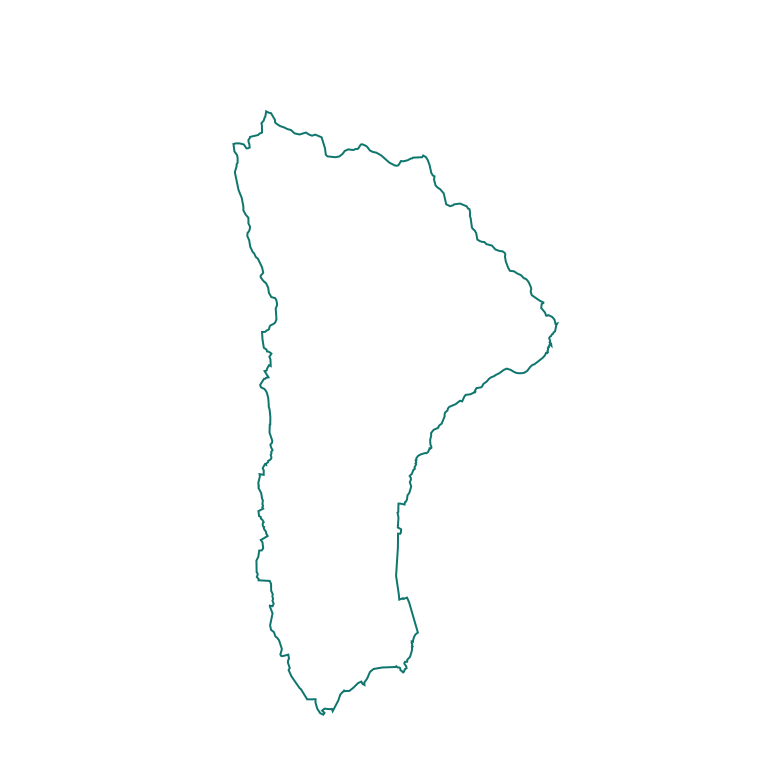 the district of Negresti-Oas, Satu Mare, Romania, rotated 252°
{"feature_id": "2599482B36847212141623", "entity_name": "Negresti-Oas", "entity_type": "district", "adm_level": 2, "iso_a3": "ROU", "parent_name": "Romania", "parent_adm1": "Satu Mare", "projection": "equal_earth", "projection_center": [23.479, 47.842], "detail": "fine", "context": "isolated", "style": "outline", "palette": "teal", "viewbox_px": 768, "rotation_deg": 252, "n_neighbors": 0, "source": "geoboundaries", "source_scale": "gbopen_adm2", "svg_char_len": 6156}
<svg xmlns="http://www.w3.org/2000/svg" viewBox="0 0 768 768"><g transform="rotate(252 384 384)"><path d="M278.1,225.8L275.4,226.4L273.7,218.6L271.0,219.5L265.0,218.3L263.5,216.3L264.2,213.9L258.4,211.0L255.5,208.1L244.3,204.7L243.0,205.2L241.8,205.0L239.8,203.4L237.3,204.5L236.1,204.0L232.0,214.5L228.7,214.8L222.3,212.8L218.3,213.2L216.5,212.2L213.9,212.1L212.2,210.9L209.2,211.2L207.1,209.4L208.5,207.0L208.0,206.7L200.2,207.1L189.7,201.1L185.1,200.6L182.1,202.6L177.3,202.8L175.8,203.9L172.5,205.0L163.9,205.0L163.0,204.7L158.7,201.8L157.0,202.3L156.5,203.7L156.2,209.3L152.1,208.8L150.8,207.4L148.7,206.5L143.0,206.6L141.4,204.9L134.6,205.6L120.7,209.8L119.4,210.7L107.8,213.5L105.3,221.5L102.2,220.4L95.8,220.2L90.6,221.6L88.3,224.1L89.6,225.8L92.5,224.2L93.6,227.1L91.6,231.7L91.0,234.1L88.7,234.1L97.1,242.7L102.2,246.5L104.0,249.8L104.0,250.7L104.8,251.4L104.0,252.1L102.8,256.3L104.6,261.0L107.6,267.0L108.0,270.5L105.4,270.9L103.8,272.4L106.2,273.0L109.0,276.9L114.5,281.7L116.2,286.0L114.9,294.8L111.3,307.5L111.8,308.4L110.3,309.2L109.6,311.0L109.0,311.5L106.5,311.3L105.8,312.1L103.8,313.0L104.2,314.1L106.3,315.7L106.7,317.6L108.6,317.9L111.5,317.0L112.5,317.2L113.3,318.2L112.7,320.2L114.6,321.0L116.5,324.5L121.6,328.0L124.1,329.1L125.2,329.2L125.4,330.1L126.6,329.8L127.9,330.6L128.8,330.2L130.7,330.8L130.0,332.0L131.2,332.4L134.4,334.6L136.3,336.9L137.1,339.4L168.6,340.4L173.7,339.9L173.6,335.8L174.4,335.7L174.2,331.9L179.5,333.1L197.8,336.2L224.5,346.8L237.3,351.1L236.6,353.3L237.4,354.1L240.5,355.4L243.3,352.8L252.5,356.5L257.5,357.1L257.8,358.0L265.8,360.8L265.0,363.0L263.0,366.3L265.1,367.4L265.2,368.3L267.1,370.2L270.8,371.9L272.7,374.5L278.1,378.2L282.6,378.2L284.8,380.1L286.2,380.5L288.6,380.0L290.0,382.8L293.1,385.3L293.8,387.1L295.2,387.2L297.6,389.7L298.7,389.4L299.2,390.4L301.1,390.4L301.4,391.1L302.0,390.9L302.3,391.5L303.5,391.9L305.2,394.4L305.7,397.5L305.6,401.9L305.1,402.8L305.6,404.8L308.0,406.9L307.9,407.3L308.8,407.6L308.3,408.4L308.6,409.3L310.2,409.7L311.0,409.4L313.2,409.7L316.5,410.6L320.5,413.0L322.8,413.6L325.1,417.1L325.6,422.1L326.8,422.8L327.9,424.7L328.4,426.5L334.5,431.7L336.5,432.3L338.1,433.5L339.2,436.2L340.8,437.1L342.1,439.0L342.7,445.9L344.6,451.1L343.3,453.0L347.1,456.4L348.4,458.3L347.5,463.1L348.1,467.3L347.9,467.9L348.3,468.4L348.9,467.9L351.5,470.6L350.9,474.7L351.0,476.1L353.3,478.5L354.7,482.7L356.4,485.3L357.2,487.6L357.5,491.4L358.0,492.7L358.6,496.9L360.4,502.4L360.7,505.5L358.3,508.8L355.1,511.6L353.6,513.4L352.4,516.0L351.6,518.8L351.4,521.3L352.3,524.4L355.1,528.4L356.3,531.2L356.2,532.9L359.8,542.9L361.5,545.9L363.6,547.8L363.6,548.4L363.0,548.9L363.6,549.8L365.1,549.8L365.7,550.5L367.4,550.9L368.0,551.4L367.9,552.1L368.7,552.3L370.6,554.0L368.7,555.0L370.9,555.4L372.5,554.4L373.6,555.4L376.4,555.2L377.7,556.4L378.0,557.7L379.5,559.4L379.6,560.4L380.6,561.2L381.3,563.0L386.8,566.1L388.0,567.4L388.1,565.7L392.6,566.0L395.8,564.7L398.7,561.6L398.8,560.8L398.5,560.0L399.0,559.3L402.2,559.2L407.7,557.0L411.4,558.7L411.7,560.5L412.3,560.8L415.2,557.8L422.8,552.0L426.4,552.0L429.1,553.5L430.5,553.6L436.0,553.1L439.1,552.0L440.3,551.3L441.2,549.8L445.3,547.8L448.1,544.7L450.9,542.6L452.8,538.7L456.3,538.0L462.8,537.7L467.7,538.4L469.9,539.5L471.6,539.2L473.6,537.7L474.7,535.1L477.5,531.5L482.3,529.4L485.3,524.7L488.0,523.3L488.8,521.4L490.1,519.5L492.5,517.4L498.8,518.3L502.0,517.7L504.3,516.3L505.7,516.0L515.2,517.7L517.2,517.6L520.6,518.9L523.9,519.3L525.0,518.1L527.5,517.5L532.1,512.1L533.2,506.1L532.6,504.9L532.7,501.8L535.7,498.7L546.8,499.7L551.9,497.6L554.7,495.4L557.0,494.4L563.2,494.8L565.9,496.2L567.2,494.9L570.2,494.2L578.0,495.0L583.6,494.8L586.9,493.9L589.2,491.9L587.9,490.4L590.3,481.5L589.9,480.5L590.1,479.0L589.5,475.7L589.8,471.2L590.8,469.1L587.5,465.2L587.7,463.4L588.5,461.8L592.9,457.5L602.1,452.1L606.4,448.2L608.2,445.0L610.5,442.7L614.7,441.3L616.2,440.3L618.7,437.4L618.9,435.9L616.0,432.4L615.7,431.6L616.3,429.7L616.0,427.1L618.2,422.4L617.8,418.7L615.7,415.8L614.2,411.9L614.7,407.8L618.0,400.5L620.1,399.5L626.2,400.7L637.9,400.9L642.4,395.7L642.4,392.3L644.3,389.9L647.3,387.4L647.4,380.8L650.0,376.4L654.3,374.0L656.3,370.9L658.5,368.7L661.6,364.7L665.4,361.7L666.6,361.3L669.0,361.9L676.5,360.2L677.9,357.9L679.7,356.2L674.9,353.7L674.5,353.0L671.6,350.9L669.9,348.0L667.6,347.8L660.8,345.7L660.7,343.3L659.7,341.2L660.4,333.0L659.4,332.4L658.1,330.6L656.5,330.0L653.4,330.0L650.4,329.3L650.2,327.3L650.6,326.0L655.0,324.8L657.4,321.2L658.6,317.6L658.8,315.0L651.4,313.6L647.0,315.0L644.5,314.7L639.7,313.2L638.5,311.7L636.6,311.1L631.6,307.6L613.4,305.6L604.9,306.2L596.3,305.1L592.4,303.9L587.8,304.8L583.9,306.4L578.7,304.7L575.0,305.2L574.0,304.8L571.6,303.4L570.5,302.2L570.1,301.1L567.0,299.7L562.4,300.2L555.9,299.2L550.2,299.9L548.5,300.8L544.2,301.4L542.1,302.8L532.5,304.1L527.1,303.5L525.1,300.2L523.8,299.7L520.9,300.5L517.5,302.0L517.2,302.7L515.5,303.1L511.2,303.6L506.3,302.7L501.5,303.7L499.3,307.0L497.0,307.5L494.0,307.2L491.9,306.6L489.2,304.3L479.0,301.8L476.2,299.7L475.3,297.7L474.8,294.2L474.0,293.0L471.9,291.7L471.3,290.6L471.2,289.1L470.3,287.1L471.2,284.1L464.4,282.3L455.6,280.9L453.2,282.8L451.1,282.8L450.7,283.8L448.9,285.6L447.6,286.3L445.4,283.4L442.4,283.6L436.1,281.8L437.4,280.5L435.0,277.8L433.1,276.5L433.2,274.4L426.0,276.2L426.3,273.7L425.7,272.7L426.0,271.5L421.4,265.9L418.8,266.0L416.3,268.7L414.1,269.5L412.0,269.9L406.6,269.6L399.5,267.9L398.5,267.4L395.0,267.3L387.7,265.7L380.6,263.3L380.7,262.8L373.1,260.1L364.5,260.2L362.7,259.4L361.9,257.8L361.1,257.1L358.0,257.1L355.6,257.6L354.3,255.8L352.9,255.6L351.6,254.3L349.2,254.3L347.8,253.6L346.9,251.7L346.8,250.2L345.5,249.7L344.7,247.3L343.6,247.0L344.6,246.1L342.2,243.4L341.3,242.6L338.9,242.9L334.8,241.5L336.7,237.8L334.7,237.5L328.6,233.8L326.6,233.6L326.1,233.1L325.1,233.3L324.0,232.5L318.2,233.5L312.8,232.6L310.6,232.8L307.5,231.3L305.5,231.3L304.5,230.2L302.8,230.6L301.9,225.3L296.9,224.4L295.7,225.7L294.0,225.4L292.5,226.3L290.0,226.9L289.6,226.8L289.4,226.0L287.4,225.0L285.8,225.1L285.1,225.8L284.4,225.2L283.1,225.1L280.0,226.1L278.1,225.8Z" fill="none" stroke="#0f766e" stroke-width="2"/></g></svg>